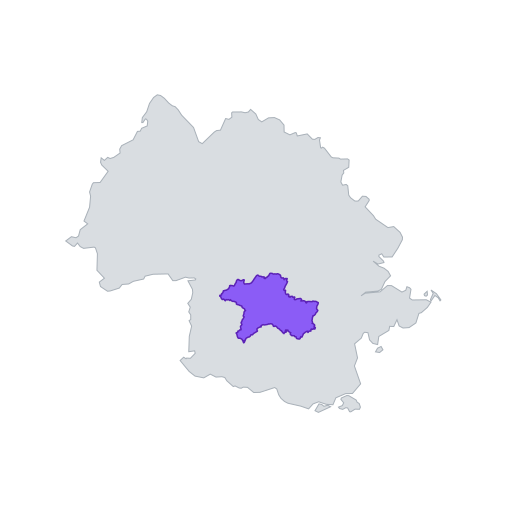 Sachsen-Anhalt on a map of Germany (orthographic projection), rotated 119°
{"feature_id": "DEU-1600", "entity_name": "Sachsen-Anhalt", "entity_type": "State", "adm_level": 1, "iso_a3": "DEU", "parent_name": "Germany", "parent_adm1": "", "projection": "orthographic", "projection_center": [11.644, 51.989], "detail": "fine", "context": "in_parent", "style": "filled", "palette": "violet", "viewbox_px": 512, "rotation_deg": 119, "n_neighbors": 0, "source": "natural_earth", "source_scale": "10m", "svg_char_len": 9539}
<svg xmlns="http://www.w3.org/2000/svg" viewBox="0 0 512 512"><g transform="rotate(119 256 256)"><path d="M224.6,427.0L214.0,419.8L204.5,420.1L203.0,417.8L199.7,417.9L195.0,414.2L190.6,416.0L189.5,418.0L189.7,419.2L194.1,419.6L194.7,420.6L190.1,422.5L182.9,421.5L174.2,423.1L167.0,422.4L162.9,420.5L161.9,417.3L162.5,412.6L164.5,406.6L165.2,402.1L164.6,399.1L165.9,394.9L168.9,389.3L173.9,372.9L183.8,361.6L183.8,357.5L167.9,352.6L165.4,351.3L163.2,348.1L150.5,349.2L149.6,345.9L146.3,344.4L142.6,346.7L141.4,346.3L137.0,338.5L136.0,335.0L133.8,332.5L130.4,331.8L131.9,325.0L135.5,320.2L135.9,316.0L129.1,312.0L126.0,307.0L125.5,301.3L127.9,295.0L133.9,291.5L133.6,285.1L129.0,281.5L128.8,280.4L131.0,278.1L124.4,270.4L126.5,263.3L125.5,261.1L122.3,259.2L121.4,257.0L123.8,256.7L129.8,252.1L130.1,251.3L128.5,250.5L128.5,248.4L132.9,238.2L132.8,236.3L130.2,231.0L130.3,229.1L126.7,223.0L126.9,221.1L133.4,217.9L138.7,221.0L140.8,219.5L143.5,219.9L150.1,217.7L152.1,214.6L149.7,211.8L150.1,209.8L157.8,204.4L159.2,201.6L160.0,196.3L159.1,194.4L158.2,193.2L152.1,191.9L150.6,188.7L151.5,184.6L152.6,183.9L160.1,184.4L163.8,172.8L165.8,169.2L167.2,154.4L163.5,149.8L165.5,141.4L168.5,137.0L170.8,135.9L180.4,135.7L190.9,136.5L194.9,143.7L193.1,147.1L195.6,148.9L196.9,148.3L198.7,141.9L199.7,140.9L203.9,145.4L203.7,151.1L205.3,143.5L204.6,138.1L205.4,133.0L208.1,128.7L215.8,130.8L224.3,130.2L227.5,132.3L234.4,142.5L239.9,144.8L235.7,142.5L227.2,130.1L218.1,126.7L216.2,123.1L216.8,110.9L213.4,108.4L209.7,109.1L209.3,106.3L210.0,104.3L218.4,101.3L218.7,98.0L211.7,85.8L211.6,80.6L217.8,81.2L225.4,83.9L227.2,85.7L237.0,83.7L244.4,87.4L247.7,92.5L247.8,96.9L243.4,101.8L250.9,101.3L252.7,105.0L256.7,103.7L266.8,109.6L274.5,106.7L275.8,111.4L274.3,116.0L268.8,120.9L270.0,124.0L271.7,124.7L276.8,124.1L285.0,127.2L295.9,117.8L304.5,116.6L317.1,102.5L329.5,105.0L332.9,110.9L341.3,117.4L348.8,116.6L351.7,122.8L353.1,130.5L357.7,134.4L364.2,135.9L365.6,144.0L369.3,156.7L369.4,160.6L368.4,165.1L366.4,168.8L362.2,173.4L362.0,175.9L373.3,186.4L376.5,191.8L375.0,199.8L376.9,203.6L378.8,204.8L379.6,206.7L379.8,211.3L381.2,212.6L379.3,221.0L377.4,224.4L378.1,227.3L381.3,232.3L381.5,238.7L387.9,242.6L390.6,251.1L389.4,258.5L384.2,271.7L379.6,270.2L379.8,267.4L378.9,267.2L377.3,263.8L370.6,262.0L368.7,263.7L372.3,268.4L358.6,275.4L348.5,278.3L345.0,283.2L343.2,282.3L339.2,284.5L337.5,287.7L332.6,288.7L330.5,292.7L325.2,291.6L318.8,293.5L315.9,295.5L310.7,303.5L306.4,297.5L305.3,297.5L305.1,299.4L307.7,303.8L308.7,307.4L316.3,314.0L317.9,316.8L314.3,324.2L321.8,337.1L327.4,343.2L330.6,343.1L337.6,351.0L342.2,353.8L345.8,359.3L350.3,360.0L357.3,366.6L358.8,368.8L358.1,377.2L354.8,380.4L348.9,377.8L345.6,388.2L330.9,395.8L326.7,400.4L326.7,401.9L332.9,410.5L333.0,414.3L331.2,418.4L335.6,419.4L336.2,421.4L335.1,429.7L328.6,426.8L327.3,422.3L324.6,420.9L318.2,422.5L309.5,418.8L308.8,423.4L294.0,425.2L283.8,429.7L280.7,432.6L272.6,434.0L270.7,433.7L267.3,428.0L253.6,426.4L251.2,435.0L249.4,437.4L245.2,439.0L245.9,435.0L241.6,433.5L241.5,430.9L238.7,428.2L231.8,424.8L228.6,427.0L224.6,427.0ZM348.1,105.8L348.9,109.0L348.2,110.6L345.0,108.0L341.9,108.1L340.2,112.3L338.8,112.5L334.0,108.9L333.2,107.1L333.4,98.6L334.8,96.8L335.0,94.2L337.6,91.4L339.9,91.2L341.9,95.1L346.4,97.6L346.8,98.7L344.5,102.1L345.1,103.9L348.1,105.8ZM362.5,125.6L362.7,129.4L354.8,129.2L354.0,126.5L354.5,123.7L351.8,120.9L351.7,117.7L362.5,125.6ZM202.8,82.9L200.9,86.5L201.5,79.9L204.8,73.0L206.0,73.3L204.2,76.4L203.8,80.4L210.5,81.1L209.6,82.3L202.8,82.9ZM281.9,105.0L277.7,105.0L274.5,102.7L276.5,99.5L280.5,101.1L281.9,105.0ZM209.0,89.4L207.9,90.5L203.9,89.2L207.0,87.1L208.7,87.7L209.0,89.4Z" fill="#d9dde1" stroke="#a8b0b8" stroke-width="1"/><path d="M264.6,235.4L264.2,235.1L263.4,233.6L263.4,232.3L263.2,231.7L262.7,231.2L262.5,230.7L262.3,230.4L262.1,229.8L262.0,229.4L261.5,229.1L261.0,228.4L260.8,227.2L260.9,225.4L261.1,225.1L261.6,224.8L261.9,224.4L262.3,224.1L262.7,223.6L262.7,223.2L262.6,222.5L262.5,222.3L262.0,221.8L261.9,221.6L262.1,220.8L262.3,220.5L262.8,220.3L262.9,220.1L262.4,220.1L262.0,219.6L261.3,219.2L261.2,218.8L260.7,218.1L260.7,217.8L261.0,217.6L261.9,217.7L262.2,217.6L263.1,216.7L263.1,216.1L263.4,216.0L265.0,215.8L268.8,215.8L269.6,215.5L270.2,215.5L271.6,215.5L272.1,215.4L272.2,215.2L272.3,215.0L272.3,214.3L271.7,213.8L271.7,213.7L272.0,213.3L273.0,213.0L273.6,212.7L274.3,212.1L274.6,211.7L274.9,211.1L274.8,210.4L274.6,210.2L274.3,210.1L274.0,209.9L273.8,209.5L273.8,209.1L274.0,208.6L274.3,208.3L275.5,207.9L275.6,207.7L275.7,207.4L275.6,206.8L275.5,206.5L275.3,206.5L275.2,206.8L275.0,206.0L274.5,206.0L273.7,204.8L273.7,204.6L274.2,204.1L274.2,203.9L274.0,203.5L273.9,203.2L273.3,202.8L273.2,202.3L273.3,202.1L273.8,201.9L275.1,201.7L275.3,201.4L275.4,200.8L275.2,200.5L274.4,199.7L273.9,199.6L273.6,199.3L271.6,196.6L271.6,195.9L272.0,195.0L272.5,194.8L273.2,194.9L273.4,194.9L273.2,194.4L272.4,193.1L272.0,192.7L271.8,191.8L271.8,190.9L271.9,190.6L272.6,189.7L272.7,189.3L272.6,189.2L272.2,189.0L271.9,189.1L271.6,189.4L271.3,189.4L271.1,189.2L270.1,187.7L268.8,184.9L268.4,184.6L268.1,184.6L267.8,184.3L267.6,183.8L267.6,183.1L267.0,182.5L266.6,181.3L266.7,180.6L266.6,179.8L266.7,179.4L266.6,179.0L266.7,178.9L267.7,178.5L269.0,178.4L270.2,178.5L271.8,177.9L272.4,177.7L272.7,177.3L273.2,176.9L273.3,176.7L273.3,176.1L273.5,175.8L273.6,175.6L273.9,175.5L274.9,175.5L275.8,175.7L276.5,176.0L278.2,175.9L279.5,176.2L279.9,176.5L280.2,176.7L280.5,177.1L281.0,177.2L281.5,176.8L281.8,176.9L282.3,176.9L284.1,176.1L285.1,175.9L286.8,174.2L287.6,174.2L287.5,173.3L287.5,172.9L287.7,171.8L287.9,171.3L288.4,171.0L288.7,171.2L289.1,171.2L289.4,171.0L289.9,169.4L291.2,169.1L291.5,169.3L291.5,169.7L291.3,170.1L291.1,170.4L291.5,170.6L292.4,170.6L292.7,170.9L292.9,171.5L293.0,171.9L293.1,172.2L293.6,172.3L294.6,171.8L295.1,171.7L295.9,173.0L296.3,173.3L297.2,173.3L297.6,173.5L297.4,174.1L297.1,174.6L297.0,174.8L298.9,176.0L299.7,176.2L300.8,176.8L301.3,176.9L301.7,176.7L302.4,176.7L304.5,176.5L304.8,176.8L305.0,177.1L304.9,177.6L305.6,177.7L306.7,177.4L307.5,177.7L307.8,178.2L308.4,180.0L308.4,180.3L308.3,180.8L307.4,181.6L307.3,181.9L307.4,182.2L307.7,182.7L307.7,183.0L307.4,183.4L307.2,183.8L307.3,184.1L307.6,184.6L307.8,185.3L308.3,185.9L308.2,186.7L308.0,187.6L307.7,188.2L307.1,188.5L306.4,188.4L306.3,189.2L306.3,190.3L306.1,191.1L305.4,192.3L305.6,192.5L306.3,192.4L306.5,192.5L306.1,193.2L306.0,193.3L306.1,193.8L306.3,194.1L306.7,194.2L307.4,193.9L307.6,193.7L307.7,193.0L307.9,192.8L308.2,192.9L308.4,193.1L309.0,194.0L309.9,194.1L310.2,193.9L310.3,194.0L310.1,194.5L310.1,195.2L310.1,195.5L309.7,196.1L309.5,196.8L309.3,197.1L309.0,197.4L309.0,197.7L309.2,198.0L309.0,199.1L308.5,200.1L308.6,200.5L308.5,201.0L308.6,201.8L308.6,202.0L308.3,202.6L307.8,203.9L307.8,204.1L307.9,205.2L308.2,205.6L308.5,205.6L308.8,206.1L309.0,206.4L309.0,206.7L308.3,207.4L307.9,208.5L307.7,208.9L307.7,209.2L308.2,210.5L309.0,211.3L309.3,212.1L310.0,212.5L310.6,213.1L312.4,215.5L312.5,216.3L312.9,216.8L314.3,217.7L315.0,217.7L315.3,217.2L315.6,217.2L316.3,218.2L317.7,219.2L318.2,219.5L319.5,219.8L319.9,219.4L320.7,218.9L320.8,218.8L320.9,218.4L321.2,218.4L325.0,220.6L326.4,220.8L326.8,221.1L327.2,222.1L327.4,222.2L328.9,222.2L329.8,222.5L330.2,222.8L330.7,223.5L332.4,224.6L332.9,224.8L334.8,224.6L335.0,224.6L335.3,224.9L335.6,225.2L336.0,224.5L336.2,224.4L337.3,224.4L337.8,224.6L337.6,225.2L336.6,226.3L335.6,228.1L335.6,228.4L335.7,230.0L335.9,230.5L336.2,231.0L336.4,231.5L336.3,232.1L335.5,233.2L333.6,234.9L333.0,236.0L332.5,235.8L331.8,235.2L331.4,235.0L330.9,235.3L330.5,235.4L330.1,234.9L329.5,234.6L328.7,234.4L328.3,234.2L328.0,233.5L327.1,233.6L326.9,234.0L325.4,235.3L324.8,235.5L324.0,235.2L322.9,235.1L322.5,235.3L322.0,236.3L321.4,236.8L321.0,236.8L320.9,236.6L318.0,237.1L317.6,236.8L315.3,236.8L315.0,236.9L314.8,238.0L314.6,238.2L312.5,238.5L310.8,239.3L309.9,239.2L308.9,238.8L308.6,239.6L307.8,240.4L307.8,242.5L307.7,243.1L307.4,243.3L307.2,243.7L306.7,244.1L306.8,245.2L307.0,245.7L307.1,246.8L307.1,247.5L307.5,248.7L307.6,249.0L307.5,249.6L307.4,250.0L307.2,250.1L306.8,250.2L306.4,250.4L306.2,251.0L306.0,251.6L306.3,252.3L306.3,253.3L306.9,254.1L307.0,254.5L307.1,255.9L307.0,256.4L306.7,256.8L306.7,257.2L307.6,257.5L307.5,258.7L307.7,259.3L308.4,259.9L308.5,260.7L308.6,260.9L308.8,261.0L310.0,261.2L310.0,261.6L309.5,262.5L309.4,263.4L309.5,263.6L310.1,263.9L310.3,264.3L310.4,264.5L309.7,266.0L308.6,267.3L308.6,267.7L308.7,268.1L308.2,268.5L307.9,268.5L307.7,268.1L306.9,267.4L306.6,267.3L306.4,267.6L305.9,267.8L304.2,267.2L303.4,267.4L302.2,267.6L302.0,267.1L301.1,266.5L300.8,266.2L300.6,265.7L300.2,265.3L298.7,264.6L298.1,264.1L297.8,264.1L295.1,264.3L294.7,264.6L294.1,264.1L294.0,263.5L293.6,263.0L293.5,262.6L293.3,262.2L293.2,261.3L293.2,261.1L292.4,260.5L291.2,260.7L289.9,260.7L288.5,260.5L287.6,261.0L286.0,260.9L285.4,260.6L285.2,260.3L285.0,259.5L285.1,259.3L285.3,259.2L285.3,258.5L285.1,257.7L284.5,256.6L284.2,256.3L283.6,256.0L282.9,255.6L282.6,255.0L283.0,254.5L284.5,254.2L285.2,253.8L285.6,253.4L285.8,253.0L286.1,252.5L284.4,249.9L283.6,248.4L282.1,247.2L281.3,246.9L278.6,246.5L277.4,246.5L272.9,246.0L272.1,245.5L271.8,245.1L271.9,244.3L272.1,243.2L271.8,242.7L271.3,241.7L271.4,240.6L271.0,240.1L270.8,239.8L270.4,238.6L270.4,238.3L270.6,238.1L271.2,238.3L271.4,238.2L271.5,238.1L271.5,237.6L271.3,237.0L271.1,236.9L270.7,236.9L269.8,236.5L269.4,236.1L268.6,236.1L267.3,235.4L264.6,235.4Z" fill="#8b5cf6" stroke="#5b21b6" stroke-width="1.5"/></g></svg>